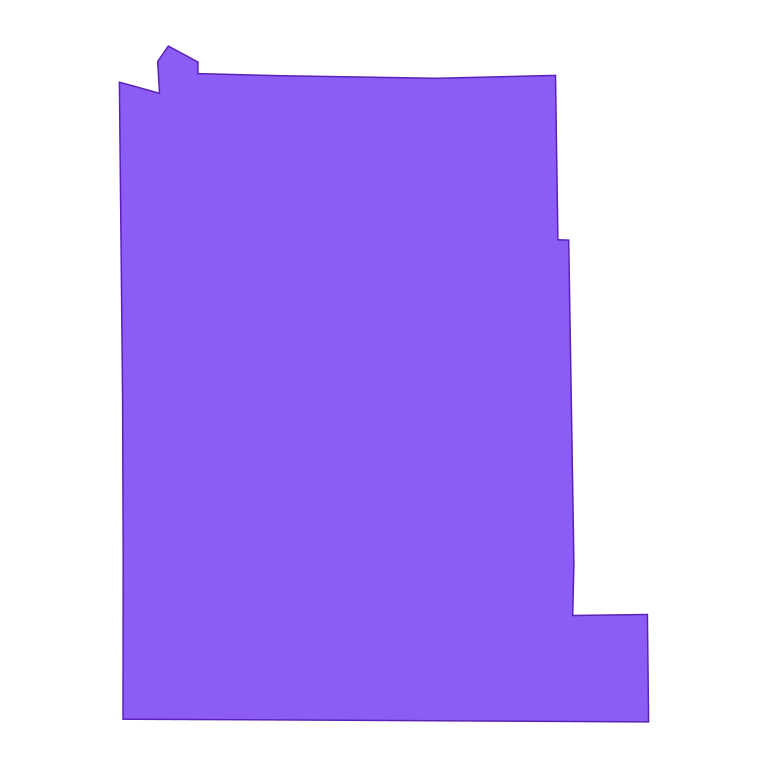 Monroe, Indiana, United States of America
{"feature_id": "52423323B82693646603832", "entity_name": "Monroe", "entity_type": "district", "adm_level": 2, "iso_a3": "USA", "parent_name": "United States of America", "parent_adm1": "Indiana", "projection": "albers", "projection_center": [-86.52, 39.173], "detail": "fine", "context": "isolated", "style": "filled", "palette": "violet", "viewbox_px": 768, "rotation_deg": 0, "n_neighbors": 0, "source": "geoboundaries", "source_scale": "gbopen_adm2", "svg_char_len": 363}
<svg xmlns="http://www.w3.org/2000/svg" viewBox="0 0 768 768"><path d="M647.4,614.5L572.7,615.5L573.9,562.7L568.7,240.1L557.9,239.8L555.5,75.4L436.2,78.3L279.0,75.7L197.9,73.6L198.0,62.1L168.3,46.1L157.7,61.5L159.5,93.3L119.4,82.2L122.6,397.9L123.2,557.1L123.0,719.2L279.7,719.9L648.6,721.9L647.4,614.5Z" fill="#8b5cf6" stroke="#5b21b6" stroke-width="1.5"/></svg>